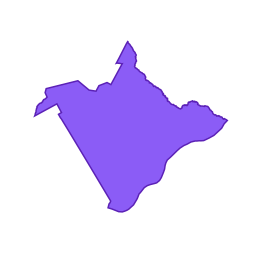 the district of Ramallo, Buenos Aires, Argentina, rotated 106°
{"feature_id": "61730980B89935327549189", "entity_name": "Ramallo", "entity_type": "district", "adm_level": 2, "iso_a3": "ARG", "parent_name": "Argentina", "parent_adm1": "Buenos Aires", "projection": "robinson", "projection_center": [-60.168, -33.589], "detail": "fine", "context": "isolated", "style": "filled", "palette": "violet", "viewbox_px": 256, "rotation_deg": 106, "n_neighbors": 0, "source": "geoboundaries", "source_scale": "gbopen_adm2", "svg_char_len": 5245}
<svg xmlns="http://www.w3.org/2000/svg" viewBox="0 0 256 256"><g transform="rotate(106 128 128)"><path d="M96.4,189.2L112.7,217.5L116.9,217.4L120.6,214.3L122.2,215.1L122.7,215.5L123.0,215.6L123.3,216.0L123.5,216.4L123.8,216.6L124.0,216.9L124.7,217.1L124.8,217.0L125.7,217.4L126.3,217.3L126.5,217.4L127.0,217.9L127.3,218.0L127.6,218.0L127.8,218.2L128.0,218.7L128.2,218.8L128.4,219.3L128.9,219.7L129.1,219.8L130.2,220.6L130.9,220.7L131.8,221.2L132.1,221.2L132.4,221.4L132.6,221.4L132.9,221.1L133.2,221.2L133.7,221.1L134.0,221.1L134.2,221.3L134.6,221.3L135.4,221.2L136.4,221.2L138.0,220.8L138.4,221.0L138.8,220.9L139.0,221.0L139.4,221.1L141.0,220.9L142.1,221.0L124.4,203.0L131.5,196.2L134.0,198.6L136.7,195.9L137.8,194.4L146.9,184.5L171.3,158.3L203.0,124.5L204.1,124.6L204.7,124.6L205.6,125.1L206.3,125.3L210.2,125.2L210.3,120.9L211.0,113.9L210.2,110.3L208.8,108.2L207.4,106.4L205.7,104.8L202.9,103.1L200.4,101.5L194.4,99.9L192.9,99.6L188.3,99.2L186.9,98.4L180.8,95.9L178.0,93.5L176.1,90.8L173.8,86.8L172.8,85.3L169.7,83.2L166.5,82.3L160.9,81.7L157.5,81.5L153.9,82.0L151.1,82.0L147.9,81.4L144.3,79.1L136.2,74.5L133.0,72.5L129.4,69.4L127.2,66.7L124.1,63.6L122.0,59.9L121.5,58.2L120.6,56.0L120.2,54.4L119.2,51.7L115.3,47.3L111.3,43.3L102.4,37.9L97.4,36.7L93.4,34.6L93.0,35.5L92.9,35.9L92.6,37.3L92.4,38.0L92.5,38.2L93.0,38.2L93.1,38.3L93.2,38.6L93.1,38.9L92.8,39.4L92.6,39.8L91.9,40.4L91.6,40.9L91.6,41.2L91.9,42.2L91.9,42.4L91.7,42.8L91.3,43.1L91.2,43.4L91.6,44.1L91.3,44.5L91.3,44.8L91.9,45.5L92.1,45.8L92.0,46.2L91.4,46.9L91.2,47.3L91.2,47.6L91.3,47.9L91.5,48.2L91.5,48.5L91.4,48.8L90.9,50.1L90.5,50.5L90.2,50.7L89.9,50.9L89.7,51.1L89.2,51.3L89.0,51.8L89.0,52.1L88.5,52.9L88.2,53.1L88.1,53.3L87.9,54.4L87.7,54.6L87.2,54.8L86.5,55.5L86.0,56.4L85.4,57.0L85.3,58.1L85.5,58.9L85.4,59.6L85.6,60.4L85.7,60.6L86.2,60.5L86.3,60.7L86.3,60.9L86.2,61.1L86.2,61.3L86.4,61.9L86.4,62.7L86.6,63.2L86.7,63.7L86.9,64.2L87.0,64.4L86.9,64.5L86.7,64.7L86.6,65.1L86.7,65.6L86.4,65.9L86.4,66.0L86.4,66.5L86.3,67.0L86.2,67.5L85.9,67.6L85.4,67.5L85.0,67.5L84.8,67.8L84.3,68.5L84.2,69.2L84.0,69.5L84.0,69.8L84.5,70.3L84.5,70.7L84.3,71.0L83.9,71.2L83.9,71.3L84.0,71.4L84.4,71.5L84.6,71.7L84.4,72.1L84.4,72.3L84.7,72.7L84.3,72.9L84.1,73.3L84.1,73.5L84.5,73.8L84.9,74.5L85.1,74.8L85.4,75.1L85.8,75.6L86.2,75.7L86.4,76.1L86.2,76.5L86.4,76.8L86.8,77.1L88.0,77.0L88.6,77.0L88.9,76.9L89.4,77.0L89.7,77.2L90.2,77.5L90.1,77.8L89.8,78.0L89.7,78.1L89.9,78.4L90.3,78.7L90.3,78.9L90.0,79.2L90.0,79.4L90.3,79.7L90.2,80.0L90.3,80.2L90.9,80.3L90.9,80.7L90.9,81.0L91.1,81.3L92.3,81.9L93.1,81.7L94.1,81.8L94.2,82.2L94.3,82.3L94.7,82.4L95.0,82.5L95.2,82.9L95.1,83.7L95.1,84.3L95.1,84.6L94.7,85.3L94.8,85.7L94.7,86.0L94.4,86.2L94.4,86.4L94.5,86.6L94.5,86.9L94.3,87.1L94.1,87.8L93.9,88.0L93.6,88.0L93.7,88.5L93.6,88.8L93.7,89.1L93.4,89.6L93.4,90.0L93.4,90.3L93.0,90.6L92.9,90.8L92.9,91.0L93.3,91.8L93.3,92.2L93.2,93.2L92.9,93.4L92.7,93.6L92.1,95.0L91.6,95.4L91.4,95.9L91.2,96.1L91.1,96.4L91.3,96.7L91.4,97.0L91.2,97.5L90.6,97.8L90.3,97.7L89.9,97.7L89.8,97.8L89.6,98.1L89.3,98.4L89.2,98.4L89.0,98.2L88.8,98.1L88.6,98.2L88.5,98.8L88.8,99.0L88.5,99.5L88.3,100.3L88.2,100.4L87.7,100.4L87.5,100.5L87.3,100.7L87.6,100.8L87.6,101.1L87.4,101.2L86.9,101.4L86.6,101.8L86.6,102.0L86.8,102.1L86.8,102.4L86.8,102.6L86.4,103.1L86.5,103.4L86.4,103.6L86.1,103.7L85.8,103.4L85.7,103.4L85.4,103.6L85.2,103.5L84.9,103.9L84.8,104.1L84.9,104.4L84.8,104.7L84.7,104.8L84.1,105.0L83.7,105.2L83.4,105.4L83.4,105.8L83.1,106.3L82.6,106.5L82.4,106.7L82.1,107.4L82.1,107.7L82.2,108.0L81.9,108.6L81.7,109.7L81.5,110.0L81.1,110.2L81.0,110.4L81.0,110.6L81.3,110.9L81.4,111.9L81.3,112.0L81.1,112.0L81.0,112.5L80.9,112.6L80.5,112.8L80.3,113.9L80.4,114.3L80.9,114.5L81.0,114.7L81.0,114.9L80.5,115.3L80.1,115.8L79.4,116.1L79.2,116.7L79.1,117.3L78.7,117.8L78.8,118.3L78.3,119.1L78.3,119.3L78.6,119.5L78.7,119.8L78.3,119.9L78.2,120.0L77.6,120.6L77.3,121.2L77.1,121.8L77.0,122.1L76.9,122.5L77.2,122.9L77.2,123.1L77.1,123.9L77.0,124.1L76.9,124.1L76.4,124.2L76.1,124.7L75.6,125.1L75.2,125.2L74.7,124.9L73.9,125.2L73.5,125.8L73.1,126.0L72.8,126.5L72.4,126.7L72.0,127.0L72.0,127.4L71.8,127.8L71.7,128.0L71.7,128.7L71.6,129.0L71.3,129.3L71.2,129.7L71.0,129.9L71.0,131.0L70.8,131.3L70.5,132.4L70.2,132.9L69.8,133.3L69.4,133.5L69.4,134.0L69.2,134.4L69.1,135.0L68.5,135.7L68.4,135.9L68.5,136.5L68.1,136.9L68.1,137.2L68.2,137.5L67.8,137.7L67.7,138.0L67.3,138.5L66.9,138.7L65.9,138.5L65.6,138.7L65.6,138.8L65.4,138.9L65.1,138.8L64.4,138.9L64.0,138.6L62.9,138.8L62.2,138.5L61.8,138.6L61.5,138.3L61.2,138.3L60.7,138.7L59.9,139.2L59.5,139.4L59.2,139.8L58.1,139.9L58.0,140.2L57.7,140.5L57.4,140.6L56.8,140.2L56.1,140.2L55.6,140.2L54.9,140.8L54.4,141.5L54.0,141.8L53.8,141.8L53.3,142.3L53.2,142.5L52.8,143.1L52.7,143.4L52.5,143.6L51.9,144.4L51.4,144.6L51.0,145.1L50.2,145.6L49.9,146.0L49.7,146.2L49.3,146.9L49.0,147.0L48.8,147.5L48.0,148.4L47.8,148.8L47.5,148.9L47.0,149.6L46.9,150.1L46.5,150.5L46.4,151.0L46.1,151.3L45.9,151.6L45.6,151.7L45.2,151.7L45.0,152.1L47.1,152.7L62.9,155.8L69.0,157.1L68.8,156.8L68.6,156.4L68.4,155.9L68.5,155.5L68.4,155.0L68.3,154.6L68.2,154.0L68.0,152.7L68.0,152.2L68.2,151.9L67.9,151.3L91.0,156.4L90.1,160.7L95.3,167.6L101.4,168.9L102.3,175.8L96.4,189.2Z" fill="#8b5cf6" stroke="#5b21b6" stroke-width="1.5"/></g></svg>